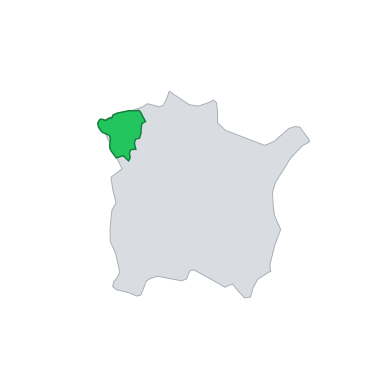 where Kosovska Kamenica sits in Kosovo, rotated 226°
{"feature_id": "KOS-5907", "entity_name": "Kosovska Kamenica", "entity_type": "District", "adm_level": 1, "iso_a3": "XKX", "parent_name": "Kosovo", "parent_adm1": "", "projection": "equal_earth", "projection_center": [21.605, 42.591], "detail": "fine", "context": "in_parent", "style": "filled", "palette": "green", "viewbox_px": 384, "rotation_deg": 226, "n_neighbors": 0, "source": "natural_earth", "source_scale": "10m", "svg_char_len": 1662}
<svg xmlns="http://www.w3.org/2000/svg" viewBox="0 0 384 384"><g transform="rotate(226 192 192)"><path d="M117.9,144.5L134.5,139.3L136.9,135.6L133.2,127.7L135.4,122.8L155.3,108.7L158.6,102.3L159.8,97.3L157.2,92.0L153.5,83.7L155.3,80.2L165.7,75.4L174.0,69.8L179.0,69.3L182.0,73.4L182.0,77.5L184.7,84.5L190.9,88.3L201.1,94.5L213.0,98.7L222.2,107.1L234.9,122.2L236.8,129.7L248.3,136.4L258.9,143.9L257.3,157.8L293.5,170.0L301.7,169.9L305.6,172.0L305.5,175.2L302.6,185.0L287.7,215.0L286.5,221.3L275.8,227.8L274.3,231.6L277.4,239.9L280.2,245.7L279.9,245.7L257.0,250.5L249.3,256.3L244.7,266.2L243.2,271.4L239.2,271.6L232.4,266.4L223.9,258.4L212.9,259.0L175.1,276.6L171.4,285.8L170.4,305.8L167.8,311.2L163.8,314.7L148.2,312.5L146.5,311.2L148.6,303.5L147.9,286.7L141.0,259.0L136.1,249.9L125.8,240.9L117.8,235.0L103.4,229.7L96.2,214.5L85.4,197.3L80.1,193.4L81.0,191.7L83.6,178.7L80.6,169.2L75.8,161.2L79.1,156.3L89.2,156.4L97.6,157.3L100.6,149.6L117.9,144.5Z" fill="#d9dde1" stroke="#a8b0b8" stroke-width="1"/><path d="M269.1,161.2L277.5,162.3L280.5,163.3L282.6,165.0L286.9,170.2L289.1,171.6L291.1,171.6L296.8,169.1L299.7,169.0L303.7,169.9L304.4,170.3L307.1,172.1L308.2,175.9L307.5,177.4L306.1,178.3L304.5,179.0L303.1,180.0L303.3,180.5L302.5,184.0L302.4,184.5L302.1,184.8L301.2,185.2L301.0,185.7L301.1,186.5L302.1,188.0L302.2,188.7L300.9,192.7L294.2,203.3L288.9,208.5L287.7,210.5L284.7,210.4L280.7,209.1L275.0,207.6L276.0,203.5L273.0,199.5L269.9,196.4L267.1,191.5L269.2,188.3L267.5,184.8L265.4,183.4L261.7,181.2L263.6,179.4L265.0,176.9L263.4,174.0L259.5,171.2L258.4,168.0L263.0,167.8L265.9,167.8L269.1,161.2Z" fill="#22c55e" stroke="#15803d" stroke-width="1.5"/></g></svg>